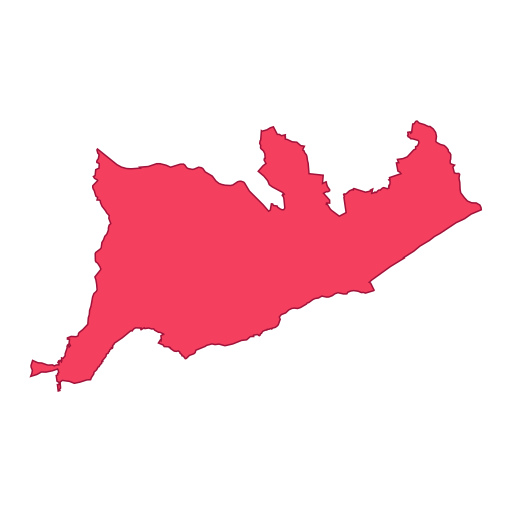 outline of Comanesti, Bacau, Romania
{"feature_id": "2599482B34680832118241", "entity_name": "Comanesti", "entity_type": "district", "adm_level": 2, "iso_a3": "ROU", "parent_name": "Romania", "parent_adm1": "Bacau", "projection": "orthographic", "projection_center": [26.421, 46.409], "detail": "fine", "context": "isolated", "style": "filled", "palette": "rose", "viewbox_px": 512, "rotation_deg": 0, "n_neighbors": 0, "source": "geoboundaries", "source_scale": "gbopen_adm2", "svg_char_len": 6015}
<svg xmlns="http://www.w3.org/2000/svg" viewBox="0 0 512 512"><path d="M476.4,203.0L471.6,202.8L467.4,201.0L464.3,197.6L460.7,192.8L460.1,189.4L459.8,182.5L459.0,178.2L459.6,174.3L458.7,173.4L456.2,173.5L454.3,172.8L452.9,167.1L454.6,165.1L451.1,164.0L450.2,163.0L450.2,160.5L450.7,159.1L450.8,154.7L450.1,153.2L448.4,151.5L448.2,149.8L446.4,147.4L444.2,145.5L440.3,144.4L436.8,142.5L435.8,141.4L436.5,136.4L435.6,132.4L433.2,128.9L430.1,126.5L428.3,126.5L424.4,124.6L419.3,123.1L417.0,121.0L415.8,121.4L414.1,123.8L412.7,124.0L411.6,132.5L410.7,133.2L410.2,131.9L407.8,132.3L408.2,134.5L407.6,135.4L408.1,136.7L409.7,137.5L410.6,138.7L413.0,138.9L418.0,140.4L418.8,141.4L418.8,143.0L417.5,145.9L415.6,146.7L415.7,149.0L413.7,149.9L407.3,156.8L403.0,158.6L397.4,159.4L398.7,162.7L396.4,162.9L397.9,171.1L399.9,172.2L401.0,173.7L389.5,177.6L390.0,179.1L388.8,179.8L390.1,181.1L390.0,183.6L389.5,185.4L389.2,185.9L388.9,185.6L388.7,186.3L389.0,187.9L387.4,188.7L383.7,187.6L382.4,188.1L380.2,190.1L379.0,190.0L377.8,190.8L376.4,192.4L375.8,192.6L375.0,192.0L374.0,192.8L371.7,193.3L372.7,189.0L370.3,190.2L370.3,191.1L365.5,192.2L353.9,188.5L353.3,188.8L353.3,189.9L352.0,189.7L349.5,190.8L346.5,193.5L345.2,194.2L344.2,193.9L343.6,194.4L344.4,196.6L343.9,197.3L346.1,212.6L339.3,216.2L331.7,210.5L330.4,209.3L327.3,204.3L326.3,204.4L326.5,203.0L329.7,203.1L329.6,200.1L323.5,193.3L326.5,191.6L327.8,191.8L329.6,190.8L329.7,189.8L327.5,186.6L326.8,184.7L326.2,182.1L326.7,181.5L322.5,183.5L323.2,175.2L309.0,173.7L308.2,163.5L307.5,160.7L306.9,156.4L306.4,154.9L304.6,152.6L304.0,150.8L303.0,150.3L303.0,149.0L304.4,146.2L300.7,145.6L296.8,142.2L292.2,141.8L287.1,139.4L285.3,139.1L285.4,136.8L285.0,136.7L285.3,134.8L281.5,135.7L279.3,134.4L277.3,134.4L273.4,126.8L270.3,127.8L266.8,129.9L262.0,131.2L261.4,130.7L260.7,140.1L260.1,140.8L259.7,143.4L260.7,145.4L260.5,147.7L260.8,148.5L263.4,150.9L264.8,153.6L265.2,158.5L264.4,158.5L264.1,160.0L266.0,163.5L263.1,165.7L258.2,171.3L263.9,176.1L267.7,180.7L269.3,184.7L272.3,186.9L282.4,192.3L284.3,194.2L282.9,195.3L282.5,194.8L282.2,195.4L283.4,196.7L283.9,198.7L284.8,208.0L283.7,209.7L282.3,209.8L280.4,209.1L277.6,207.2L277.1,206.0L273.4,205.5L272.7,204.0L271.4,203.8L270.3,210.1L268.6,211.2L263.1,204.8L249.4,191.1L244.5,182.9L243.6,182.1L241.0,181.2L239.3,181.3L237.6,181.8L232.8,185.0L230.5,185.5L225.0,185.2L221.5,184.4L218.9,183.4L215.9,181.0L212.3,176.1L205.2,171.9L202.9,168.6L201.4,167.7L198.6,167.2L194.2,169.1L192.3,169.4L188.0,168.5L186.7,167.7L184.8,165.0L183.5,164.1L180.2,164.2L170.6,167.2L166.1,165.2L160.1,163.7L156.6,163.7L148.3,166.5L139.6,167.2L140.4,168.1L131.0,168.8L126.4,168.5L121.4,167.1L117.0,164.7L97.5,149.0L97.0,149.6L97.0,150.3L97.8,153.2L98.8,154.1L99.0,155.3L98.3,158.8L97.2,160.2L96.7,161.6L96.9,162.5L99.0,163.4L99.2,164.0L99.0,168.1L95.7,169.7L95.1,175.6L93.4,176.5L94.6,178.4L97.3,179.9L97.7,180.6L92.8,185.7L92.7,187.1L93.2,189.0L94.2,190.5L95.9,196.2L97.7,197.4L97.0,200.0L99.5,200.1L100.2,200.7L100.5,202.6L102.0,206.2L105.5,210.7L106.7,212.8L109.2,215.6L108.8,218.3L110.8,223.6L109.1,225.2L108.4,227.9L108.4,230.0L107.4,232.7L106.7,234.3L104.8,236.3L103.5,239.9L101.9,242.5L101.2,247.8L100.4,248.9L95.7,252.5L95.2,253.7L95.4,260.8L95.9,261.9L97.7,263.2L100.0,266.9L100.8,269.0L100.6,269.7L94.9,276.9L95.9,279.9L96.6,283.9L97.1,289.8L96.3,291.4L93.9,293.6L92.6,297.0L91.0,306.1L89.6,310.3L89.3,314.6L88.3,317.8L87.8,324.3L82.9,329.5L79.4,332.3L78.6,333.3L78.3,335.0L77.7,336.1L75.9,336.7L71.2,336.4L67.4,337.9L67.4,339.1L69.5,339.3L69.1,343.0L70.4,345.6L69.1,347.0L68.2,344.5L67.5,345.1L67.0,346.6L67.2,347.7L65.2,353.6L65.1,355.8L63.1,358.3L61.6,357.9L61.8,360.7L61.4,361.9L60.1,360.3L59.3,361.5L58.6,361.0L57.9,362.6L58.9,362.9L58.9,364.8L56.2,365.0L54.4,365.9L52.5,364.9L47.8,365.1L41.8,363.0L38.0,362.8L32.6,360.4L31.0,365.5L31.1,367.1L32.4,370.4L31.8,373.5L30.7,376.4L36.9,374.5L41.4,372.0L46.1,372.1L52.3,370.8L57.6,369.0L58.3,370.6L58.7,372.6L57.7,373.4L57.7,374.9L56.2,375.5L57.0,381.2L59.0,382.4L59.1,384.5L57.4,384.6L58.2,391.0L59.9,390.5L59.5,389.3L60.6,388.1L60.1,382.1L62.3,380.4L69.5,381.4L74.3,383.3L79.7,382.2L86.9,379.9L90.6,379.7L91.4,377.6L93.8,373.9L93.9,372.3L96.6,369.8L98.1,367.0L99.1,366.6L99.8,365.2L101.8,363.0L101.8,361.4L102.8,361.4L102.6,360.4L105.9,356.5L106.4,354.1L108.2,353.2L108.4,352.2L109.3,351.4L109.8,349.7L111.2,348.8L111.4,347.7L112.4,348.2L112.8,347.0L112.6,345.6L114.0,344.2L114.2,343.3L122.4,337.7L130.0,331.4L131.2,330.6L132.1,331.0L133.6,329.0L135.7,327.8L141.1,328.1L140.8,329.2L141.1,329.7L144.2,327.8L144.9,328.6L148.7,328.0L151.7,329.0L153.6,328.8L154.7,330.2L158.5,332.3L160.0,332.3L163.7,334.1L163.7,334.4L162.8,334.5L160.9,335.8L161.4,339.0L161.0,340.7L160.4,339.9L158.4,343.0L163.0,344.9L164.2,346.6L168.9,346.8L169.4,347.7L170.3,347.6L170.6,348.6L174.2,351.1L176.5,351.4L178.1,350.9L179.0,351.4L179.9,352.2L179.9,353.0L181.9,354.8L181.9,355.7L183.4,356.2L185.3,358.7L186.4,358.4L189.4,355.4L193.8,353.8L195.1,352.7L195.9,350.2L205.4,346.3L206.5,345.4L212.0,343.9L215.0,344.6L219.0,344.1L224.8,345.7L226.5,345.4L232.9,343.9L241.6,340.4L246.7,339.8L250.3,336.6L253.7,336.5L253.4,335.3L254.5,335.0L257.5,334.5L259.2,335.7L260.1,335.1L260.6,333.8L261.5,333.3L262.6,331.4L265.2,330.2L266.9,330.0L267.1,329.4L269.0,329.3L270.3,328.6L271.7,329.0L272.1,328.7L272.1,328.2L275.3,327.4L277.3,325.9L278.3,324.7L280.2,319.3L279.3,317.0L281.3,314.6L285.7,312.9L288.8,309.9L292.0,308.4L294.3,308.1L297.6,308.5L300.6,307.5L306.5,304.0L307.1,303.0L308.7,302.6L312.8,299.6L315.1,298.5L318.5,298.0L321.8,296.1L326.7,297.1L328.8,297.0L332.4,295.6L334.8,293.8L337.9,292.7L343.3,293.9L346.3,293.9L346.9,293.8L347.7,292.3L350.8,291.0L353.6,290.6L358.1,291.2L361.4,292.6L363.3,292.4L365.5,293.1L373.8,290.6L374.1,290.2L370.6,283.1L369.2,282.3L372.0,279.8L390.6,266.4L404.2,258.1L403.6,257.6L413.9,251.1L419.9,246.1L429.6,240.3L434.6,236.4L440.2,233.3L456.1,222.7L464.6,218.7L471.1,214.1L481.3,209.8L481.0,207.5L479.9,205.1L476.4,203.0Z" fill="#f43f5e" stroke="#9f1239" stroke-width="1.5"/></svg>